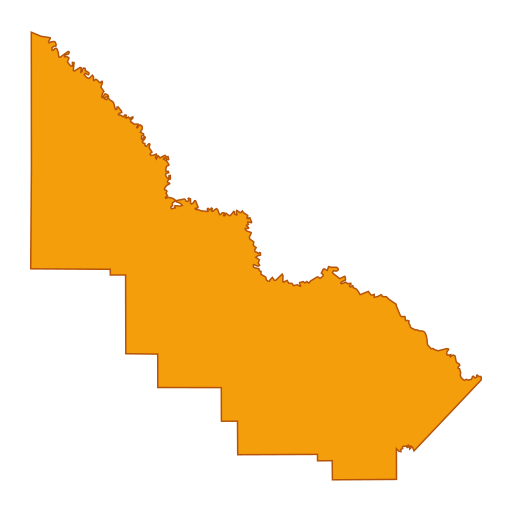 Libertador General San Martín, Chaco, Argentina (Robinson projection)
{"feature_id": "61730980B66266771841510", "entity_name": "Libertador General San Martín", "entity_type": "district", "adm_level": 2, "iso_a3": "ARG", "parent_name": "Argentina", "parent_adm1": "Chaco", "projection": "robinson", "projection_center": [-59.436, -26.27], "detail": "fine", "context": "isolated", "style": "filled", "palette": "amber", "viewbox_px": 512, "rotation_deg": 0, "n_neighbors": 0, "source": "geoboundaries", "source_scale": "gbopen_adm2", "svg_char_len": 5986}
<svg xmlns="http://www.w3.org/2000/svg" viewBox="0 0 512 512"><path d="M30.7,268.8L110.3,269.3L110.3,275.0L125.6,275.0L125.8,353.7L157.7,354.1L157.8,387.5L221.3,387.6L221.4,421.2L237.5,421.2L237.7,454.7L317.5,454.4L317.5,460.8L332.2,460.7L332.4,479.8L396.5,479.4L396.4,448.7L399.0,451.3L401.0,451.6L400.7,449.5L402.7,448.5L402.4,447.4L402.8,446.4L406.4,446.1L407.2,447.5L407.7,447.5L408.7,446.7L407.4,445.6L408.5,445.1L409.6,446.2L409.7,449.0L410.8,448.0L411.2,446.2L412.6,447.4L414.0,450.9L481.1,380.0L481.3,377.4L480.8,376.5L478.9,376.5L477.1,375.0L476.7,375.2L476.7,377.1L475.1,377.9L473.2,376.2L472.5,376.5L471.8,378.7L471.0,379.5L468.2,380.1L466.2,379.3L464.4,380.4L463.3,379.7L461.0,377.5L460.3,375.2L460.7,372.6L459.5,368.7L458.1,368.4L458.1,367.1L459.8,365.1L458.9,363.7L456.7,362.6L456.2,361.6L455.0,355.9L453.1,355.0L450.4,356.8L450.0,356.4L450.7,354.7L447.7,355.2L446.8,354.5L446.8,351.9L448.5,349.7L448.4,348.9L446.6,348.6L438.2,350.8L434.9,349.8L432.9,348.5L431.1,348.7L427.5,344.8L427.0,339.3L426.1,335.2L424.7,332.2L422.8,331.1L419.0,330.8L417.4,329.9L415.5,330.0L410.7,327.6L409.7,324.6L408.6,323.1L409.1,321.1L407.8,320.4L405.7,320.6L405.1,318.6L405.2,317.0L404.4,316.5L401.3,316.6L400.4,315.7L396.4,306.1L396.1,304.2L389.0,299.4L386.5,296.8L382.2,296.5L381.7,295.0L381.1,294.7L377.6,296.6L374.3,297.3L374.2,294.4L371.9,295.1L370.7,294.7L368.3,291.4L360.1,294.7L358.2,291.3L356.3,289.0L353.2,287.6L352.8,285.7L352.0,285.8L351.1,286.8L350.2,286.9L349.5,286.2L349.7,285.4L351.0,284.2L350.7,283.2L347.8,283.7L345.6,282.2L342.0,283.7L341.0,283.5L340.8,282.8L341.6,282.0L344.1,280.5L344.9,280.6L345.5,279.5L345.1,276.6L344.5,276.3L339.8,278.7L332.9,273.3L332.5,272.6L333.4,270.7L335.9,271.1L337.1,270.9L338.2,269.9L338.2,268.7L336.7,267.3L331.3,267.3L328.6,266.6L327.3,270.4L324.0,268.8L323.1,269.4L321.3,273.2L323.1,274.6L323.3,275.6L320.6,278.1L319.8,278.4L318.4,277.1L317.0,277.0L310.7,280.9L308.8,283.1L306.8,281.5L304.8,282.9L303.2,281.6L299.9,282.5L299.5,282.9L300.7,286.0L300.2,286.3L297.4,284.8L293.5,285.6L292.0,283.4L288.7,283.2L287.1,280.4L283.6,282.1L282.8,281.7L283.0,275.8L282.2,274.1L275.7,280.3L274.4,280.4L272.4,277.4L269.8,280.0L269.5,281.2L268.0,281.2L266.3,279.7L265.8,277.2L261.0,274.3L261.1,271.6L259.2,270.5L258.9,268.7L254.5,267.7L253.4,266.9L253.4,264.8L254.1,264.6L257.6,266.1L258.8,266.0L259.6,265.2L258.2,262.9L259.4,259.8L255.7,257.3L257.7,255.8L260.5,255.1L260.4,252.8L259.7,252.5L258.2,253.5L257.1,252.4L255.1,251.7L254.6,250.1L256.2,247.6L253.9,246.0L253.3,244.7L253.8,241.9L250.0,239.2L249.4,238.1L249.5,236.7L250.9,234.0L251.2,232.5L247.0,231.1L245.3,229.4L245.2,228.5L248.5,228.4L248.5,227.5L246.5,225.8L246.5,225.2L248.4,224.5L247.7,222.9L247.9,221.8L251.2,222.8L251.7,222.1L250.5,219.8L250.1,218.0L248.9,217.8L248.1,218.7L247.4,218.6L246.8,217.6L247.6,216.6L247.7,215.4L243.4,212.6L242.3,210.9L240.7,212.6L239.8,212.5L236.9,210.4L236.3,211.5L236.9,214.3L236.6,215.0L234.5,213.9L234.3,211.6L233.7,211.4L230.3,215.6L229.0,215.5L226.0,213.2L225.2,215.2L224.3,215.9L223.5,215.6L224.3,213.5L224.0,212.7L222.0,212.9L220.6,214.5L219.6,214.6L217.5,209.4L216.4,208.6L212.3,211.5L211.6,210.8L212.3,208.6L211.3,208.0L210.5,209.5L209.7,209.8L208.3,208.4L207.5,208.5L207.3,209.6L208.2,211.2L207.5,211.5L201.2,210.8L197.8,209.6L195.8,209.5L195.2,208.8L195.6,208.2L197.2,208.0L198.1,207.2L195.5,200.7L194.6,200.7L193.3,202.9L191.6,204.1L190.6,203.1L190.5,198.9L188.8,198.1L188.1,198.6L188.9,200.3L187.8,201.4L186.2,201.3L185.2,199.5L184.3,199.0L176.2,200.6L175.7,201.0L176.1,201.7L180.2,203.2L182.3,205.4L180.2,206.2L175.1,205.6L174.5,206.4L175.3,207.9L171.4,208.8L170.8,207.1L172.5,205.5L172.2,203.2L174.5,201.4L175.0,199.9L173.1,198.5L168.6,197.3L165.7,198.2L165.5,197.5L167.5,195.7L166.0,193.2L167.0,191.2L166.4,190.3L164.8,189.9L164.4,188.7L166.5,185.6L169.7,183.7L169.2,182.9L167.6,182.7L167.4,181.5L168.6,179.5L170.3,179.1L170.4,178.6L170.3,175.4L168.9,175.8L169.0,177.2L168.3,178.3L167.2,177.9L165.6,175.5L165.9,173.4L168.7,172.8L168.3,171.3L166.0,171.3L165.7,169.5L166.6,166.2L168.7,165.3L168.9,164.7L166.7,161.1L163.4,158.9L163.7,158.2L164.8,157.9L166.1,158.4L166.9,159.5L168.4,159.7L168.7,159.2L168.0,156.6L166.4,156.9L165.4,155.5L164.4,155.5L160.0,157.8L158.0,155.6L156.3,159.0L155.4,157.4L156.4,154.9L156.2,154.0L153.5,155.2L150.8,155.3L150.1,154.5L150.6,153.2L152.0,152.1L149.1,147.7L149.9,144.3L149.5,143.8L148.6,143.9L146.7,146.1L145.7,146.3L144.9,145.3L144.8,143.4L143.2,143.2L142.3,141.7L144.5,139.3L145.3,137.5L144.8,136.6L144.3,136.3L142.4,139.5L141.4,138.9L141.6,136.0L143.3,135.3L143.6,134.3L143.5,133.8L140.3,132.3L142.2,129.0L142.3,126.8L141.7,125.9L140.1,124.8L139.1,125.5L137.5,127.8L136.8,127.7L136.7,127.1L138.3,125.0L138.1,124.1L133.6,124.1L132.5,122.7L130.6,121.8L130.9,119.6L132.4,118.7L133.0,117.6L132.8,116.9L131.1,117.5L130.3,119.3L128.5,117.0L126.3,118.1L125.4,117.5L126.4,115.8L126.2,115.2L125.0,114.9L124.3,115.4L124.0,116.5L123.1,116.8L120.8,115.2L119.0,115.1L118.3,114.4L119.1,113.5L121.8,112.4L121.5,111.1L118.1,106.9L117.0,107.1L117.0,108.7L116.1,109.7L115.3,109.2L113.8,103.4L112.9,101.8L109.9,99.9L108.4,98.1L107.6,98.1L106.8,99.6L104.5,98.8L104.0,98.0L106.5,96.8L108.5,96.5L107.9,95.1L105.7,93.9L104.6,94.1L103.0,97.2L102.2,97.7L101.6,96.6L102.9,92.6L103.9,91.5L100.9,87.0L102.4,83.0L102.3,81.4L101.3,81.4L100.8,82.5L99.9,82.8L96.5,79.5L95.4,79.3L94.5,80.4L93.6,80.5L93.3,78.9L93.6,77.1L92.4,75.2L88.9,78.5L86.7,77.5L84.2,74.6L85.2,73.3L88.3,74.8L89.0,74.0L88.8,72.6L86.0,70.9L85.3,70.0L85.1,68.3L83.4,68.1L82.3,69.8L82.0,71.6L80.8,72.2L81.3,67.9L80.1,67.4L74.3,71.1L73.3,70.5L74.1,62.6L72.4,62.4L72.4,66.2L70.5,65.9L67.4,61.8L69.0,58.0L67.6,56.9L64.6,56.7L64.8,55.3L68.4,54.0L69.2,52.8L69.1,51.9L68.5,51.4L67.6,51.8L60.0,57.3L58.9,57.0L58.2,52.2L56.9,48.8L56.0,48.2L54.7,48.7L53.1,50.4L52.1,50.3L52.0,47.8L54.2,46.1L55.8,46.1L56.2,44.7L55.3,42.2L54.1,41.5L51.5,41.7L49.2,42.8L48.5,41.6L50.3,38.4L50.1,37.7L41.1,36.3L31.3,32.2L31.4,168.1L30.7,268.8Z" fill="#f59e0b" stroke="#b45309" stroke-width="1.5"/></svg>